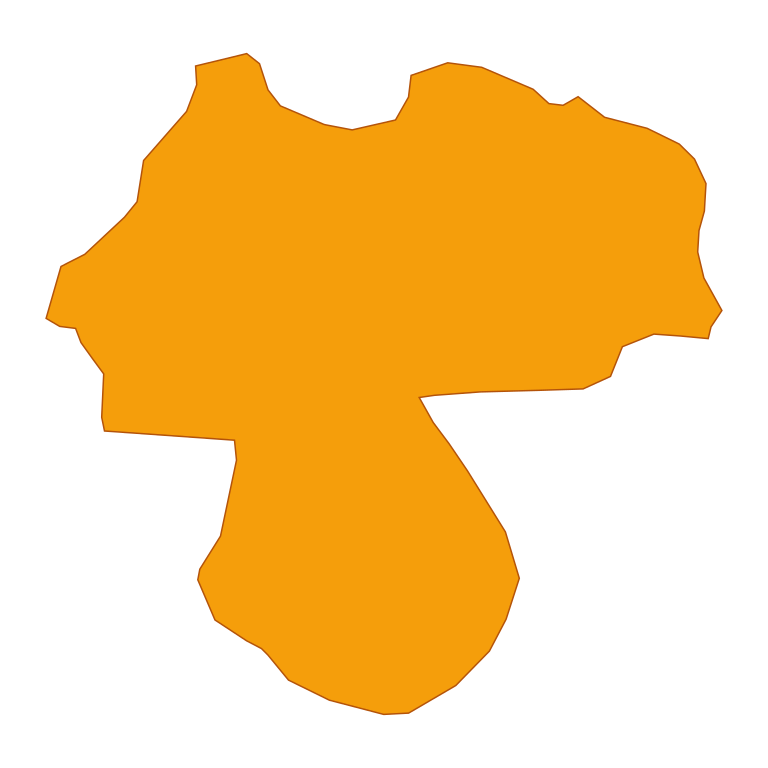 Aragats, Aragatsotn, Armenia
{"feature_id": "60910142B99974391467530", "entity_name": "Aragats", "entity_type": "district", "adm_level": 2, "iso_a3": "ARM", "parent_name": "Armenia", "parent_adm1": "Aragatsotn", "projection": "albers", "projection_center": [44.244, 40.628], "detail": "fine", "context": "isolated", "style": "filled", "palette": "amber", "viewbox_px": 768, "rotation_deg": 0, "n_neighbors": 0, "source": "geoboundaries", "source_scale": "gbopen_adm2", "svg_char_len": 1094}
<svg xmlns="http://www.w3.org/2000/svg" viewBox="0 0 768 768"><path d="M195.6,66.0L196.7,84.8L186.6,111.4L173.8,126.0L154.9,147.6L143.6,160.5L137.1,201.7L124.5,217.2L84.8,254.3L67.7,263.0L61.0,266.5L46.1,318.4L59.7,326.4L75.6,328.4L81.0,342.6L92.6,358.8L103.7,373.9L101.7,417.3L104.5,431.0L234.5,440.2L236.5,460.2L220.5,536.1L199.8,569.2L197.8,579.8L215.0,620.0L246.6,640.8L261.5,648.6L264.9,652.0L267.9,655.0L288.5,680.1L329.4,700.2L383.7,714.4L408.6,713.1L455.8,685.5L489.4,651.1L506.1,619.2L519.3,578.3L505.4,531.9L467.5,470.9L449.2,443.9L433.2,422.5L419.2,397.5L434.5,395.3L480.3,391.9L539.3,390.3L583.1,388.9L610.5,376.4L622.4,346.7L653.9,334.1L680.4,336.0L708.2,338.6L711.0,326.9L721.9,310.5L703.9,278.0L697.7,252.0L699.0,230.5L704.4,211.0L704.9,201.9L706.0,183.6L694.5,159.1L679.3,144.1L647.1,128.3L604.6,117.3L580.7,98.7L578.1,96.7L563.1,105.3L548.9,103.6L533.2,89.3L481.7,67.3L447.7,62.8L411.1,75.4L408.5,97.2L408.1,97.8L395.5,120.0L352.2,129.9L325.5,124.8L323.9,124.4L280.4,105.9L268.0,89.9L259.5,63.7L246.7,53.6L195.6,66.0Z" fill="#f59e0b" stroke="#b45309" stroke-width="1.5"/></svg>